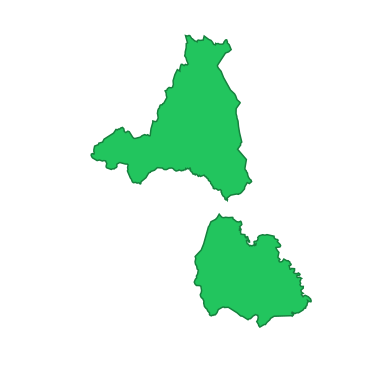 outline of Belier, Lacs, Ivory Coast, rotated 341°
{"feature_id": "98640826B5123145245776", "entity_name": "Belier", "entity_type": "district", "adm_level": 2, "iso_a3": "CIV", "parent_name": "Ivory Coast", "parent_adm1": "Lacs", "projection": "equal_earth", "projection_center": [-5.056, 6.922], "detail": "fine", "context": "isolated", "style": "filled", "palette": "green", "viewbox_px": 384, "rotation_deg": 341, "n_neighbors": 0, "source": "geoboundaries", "source_scale": "gbopen_adm2", "svg_char_len": 6097}
<svg xmlns="http://www.w3.org/2000/svg" viewBox="0 0 384 384"><g transform="rotate(341 192 192)"><path d="M273.2,59.2L271.1,60.6L270.3,61.7L269.0,62.2L266.1,61.2L265.1,60.1L263.3,59.8L262.8,59.2L262.0,60.5L260.5,59.4L260.2,57.2L259.3,54.8L257.6,53.3L254.3,48.5L252.0,52.0L249.0,51.3L247.4,50.4L246.7,50.5L245.7,51.6L245.6,51.2L243.8,50.1L242.2,47.2L241.7,46.9L240.9,43.5L240.1,43.0L238.2,43.0L236.8,42.0L236.3,49.6L234.9,49.8L233.4,53.8L231.1,57.5L230.6,59.0L229.4,60.9L230.0,63.0L229.8,66.0L230.1,69.6L228.7,70.3L227.4,69.2L225.7,69.9L224.3,68.1L223.4,67.8L222.4,68.8L220.2,72.4L219.9,73.7L218.0,71.5L214.0,75.5L210.3,80.7L209.4,84.2L207.7,86.6L206.2,86.7L204.4,85.7L202.4,86.4L201.4,87.5L199.5,87.6L199.8,89.8L199.1,92.6L199.1,94.1L198.8,94.7L194.3,98.8L193.1,99.0L192.3,99.7L190.3,99.5L189.1,100.7L188.7,101.8L187.3,102.5L186.3,103.7L184.8,106.6L184.8,107.7L184.1,111.1L181.5,113.7L180.0,113.4L178.1,112.1L177.6,113.5L173.8,118.9L170.8,125.1L169.8,125.0L168.8,123.4L167.5,123.6L165.9,122.3L163.1,122.5L161.1,123.3L155.9,122.9L154.4,122.3L153.7,120.7L152.3,114.6L151.1,113.6L148.8,114.3L147.7,112.8L148.1,110.0L147.3,108.3L145.3,108.3L144.0,109.0L142.9,108.5L141.8,109.0L140.5,108.1L137.0,110.8L126.1,113.4L123.7,115.7L119.8,115.5L118.9,116.7L114.9,116.9L113.1,119.8L112.4,121.7L112.3,123.2L111.5,124.2L110.5,123.3L109.2,123.4L108.6,124.5L108.7,126.2L109.1,127.4L112.5,131.4L114.9,131.6L117.3,133.5L118.9,133.6L120.4,134.4L120.7,137.3L119.2,139.6L119.0,140.6L119.3,141.4L123.0,144.4L124.4,144.2L126.1,144.8L127.4,144.2L128.5,144.2L129.3,143.5L129.7,141.8L130.3,141.1L133.3,140.6L138.0,143.8L140.0,144.6L140.4,145.6L139.0,148.0L138.8,149.9L138.0,150.7L137.8,151.4L138.3,158.7L138.8,160.1L138.9,162.9L139.6,164.1L141.9,164.6L142.9,165.7L144.8,166.0L145.6,167.5L146.3,167.4L146.8,166.2L147.8,165.5L153.1,163.5L157.3,159.9L159.1,159.8L159.8,159.2L163.7,159.2L167.2,157.7L171.8,159.7L172.9,161.6L174.0,162.1L175.3,162.5L178.1,162.0L180.7,162.7L182.0,164.0L182.3,165.1L183.8,167.0L185.9,167.2L187.0,166.9L188.8,168.5L189.6,168.3L190.4,168.8L191.3,168.5L193.1,168.8L193.7,167.7L194.4,168.5L195.3,168.1L196.2,169.0L197.9,168.7L198.0,169.9L197.5,169.9L197.3,170.7L198.0,172.7L198.5,173.2L198.5,173.9L198.9,175.5L200.1,175.7L200.6,176.9L201.5,176.4L202.3,176.9L202.8,178.7L203.3,179.3L204.3,178.6L205.0,180.0L208.9,180.0L209.6,181.9L210.2,182.1L210.7,183.8L211.4,184.6L211.4,186.5L212.7,188.2L212.5,190.2L213.1,191.3L213.1,192.4L213.9,194.3L213.3,194.9L213.4,195.5L214.1,196.3L214.6,196.1L216.1,196.9L217.3,198.8L219.6,199.0L220.2,200.5L219.5,201.4L219.8,202.2L219.6,203.8L220.1,206.0L221.3,207.8L220.8,209.3L221.5,210.5L222.6,210.9L222.7,211.3L223.2,210.4L223.0,210.0L222.8,210.1L222.8,209.3L227.5,207.6L233.5,208.4L235.2,209.3L235.9,208.9L236.6,209.2L238.5,208.6L242.6,206.2L243.5,204.4L247.3,201.1L249.0,202.7L251.7,201.6L251.7,199.9L251.0,199.1L250.2,196.5L250.2,194.1L250.6,192.1L250.2,191.2L250.1,189.3L249.5,188.3L249.7,186.9L254.0,179.0L249.0,166.4L253.3,163.4L253.6,162.0L255.3,161.0L256.2,151.7L257.3,145.2L258.6,139.9L258.6,136.7L259.0,135.1L259.2,132.1L260.9,127.5L266.4,123.5L266.6,123.0L264.6,119.3L264.6,115.4L264.2,113.1L261.6,108.1L259.1,94.1L258.8,87.3L257.3,83.5L257.0,82.0L257.3,80.5L268.9,71.5L272.3,71.4L275.4,70.1L275.1,64.8L273.9,62.5L274.4,61.3L274.3,59.4L273.2,59.2ZM269.2,333.9L269.3,331.8L267.9,329.0L265.5,326.6L264.4,326.5L262.9,327.2L262.1,324.9L262.1,324.4L262.4,324.2L264.1,324.0L262.8,322.2L263.0,320.3L265.8,319.2L266.5,317.5L264.4,316.8L264.0,315.5L263.9,314.7L265.0,313.8L265.0,311.3L265.9,310.8L266.6,309.6L267.5,309.4L266.1,307.7L264.0,307.3L263.5,306.5L264.0,305.2L264.7,305.1L266.1,305.7L267.2,305.3L267.3,304.8L266.3,303.2L264.8,303.4L263.0,302.6L262.0,301.7L261.8,300.9L263.3,299.9L263.5,298.7L264.0,298.3L264.0,297.9L261.3,296.7L260.0,297.2L259.5,296.9L259.9,293.2L261.4,293.4L262.2,292.6L261.6,291.3L261.6,289.7L260.6,288.7L260.6,288.3L259.1,287.7L257.0,285.3L255.0,286.9L254.0,287.1L252.5,286.9L251.8,286.2L251.9,285.0L253.2,284.5L253.0,283.6L252.0,282.2L252.1,281.4L254.5,277.4L253.8,275.5L253.2,273.1L253.3,271.8L257.2,272.6L258.3,271.7L258.2,270.3L256.5,266.8L257.7,265.6L257.1,264.6L255.6,263.8L254.8,262.1L255.2,260.5L249.0,256.7L246.9,256.6L244.9,255.4L241.4,255.3L239.4,256.4L239.3,257.5L238.2,259.0L236.8,259.4L235.0,259.0L234.4,259.3L233.9,261.9L234.4,262.3L235.6,261.9L235.0,263.0L233.5,263.0L232.9,262.2L231.0,262.5L230.1,261.6L229.0,261.8L228.2,259.7L227.4,259.0L227.5,256.5L227.7,255.6L228.3,255.5L229.1,256.4L229.6,258.0L230.1,258.1L230.4,256.9L229.8,255.3L230.0,252.5L229.8,252.3L228.5,253.1L228.0,252.8L227.9,252.3L228.4,252.1L228.4,251.7L227.7,251.5L228.1,249.5L224.7,247.9L224.7,245.9L225.6,244.1L224.4,243.7L224.9,242.4L226.1,242.8L225.7,240.4L228.5,239.0L228.8,236.6L228.5,235.5L226.4,235.6L224.6,234.6L222.2,230.9L222.0,230.5L222.3,229.4L221.9,229.1L218.2,228.1L215.5,226.8L213.5,226.6L212.4,225.9L211.8,225.3L210.5,221.8L207.5,224.4L205.2,225.6L200.2,226.3L197.5,229.4L196.1,230.4L186.2,244.8L181.8,249.9L174.0,254.0L173.9,256.1L172.2,258.9L171.8,261.3L172.3,263.7L171.8,266.5L172.5,267.5L172.3,268.3L170.5,271.5L168.8,272.9L168.4,274.8L166.9,275.5L164.8,277.9L164.9,279.9L165.7,281.8L168.8,283.0L169.7,284.0L169.0,288.3L168.0,290.1L166.5,291.6L166.2,292.9L166.4,294.8L167.4,296.4L167.7,299.1L166.9,300.8L166.5,304.2L167.2,306.3L168.0,307.6L168.1,309.5L169.2,312.1L168.6,313.5L169.0,314.6L170.1,315.4L171.2,315.1L171.7,315.5L173.0,315.2L173.5,315.7L174.3,315.6L176.3,314.3L178.6,311.7L183.5,310.8L184.9,311.2L185.1,312.3L185.2,311.8L188.8,312.8L195.3,320.9L197.6,325.0L199.3,325.9L203.4,331.0L204.4,330.5L206.1,330.8L210.0,328.9L211.0,329.0L212.0,328.5L214.0,330.1L213.8,332.1L212.5,334.4L211.0,335.6L211.7,338.4L211.6,340.2L212.2,341.8L217.0,340.8L218.3,341.2L220.4,339.7L224.1,338.1L225.0,337.1L229.2,336.2L246.0,341.4L246.3,342.0L247.9,341.2L248.1,340.6L247.0,339.5L247.3,338.4L247.6,338.2L249.7,340.5L251.6,340.3L253.4,340.9L258.6,339.7L260.4,338.4L261.5,338.8L261.9,338.5L262.2,337.3L263.6,336.8L265.2,334.1L265.9,333.8L266.0,332.2L266.9,333.5L268.6,334.5L269.2,333.9Z" fill="#22c55e" stroke="#15803d" stroke-width="1.5"/></g></svg>